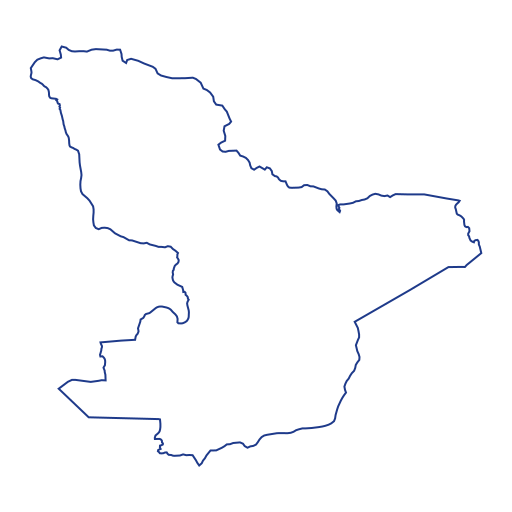 Manacapuru, Amazonas, Brazil
{"feature_id": "56859067B7943145025722", "entity_name": "Manacapuru", "entity_type": "district", "adm_level": 2, "iso_a3": "BRA", "parent_name": "Brazil", "parent_adm1": "Amazonas", "projection": "mercator", "projection_center": [-61.016, -3.277], "detail": "fine", "context": "isolated", "style": "outline", "palette": "blue", "viewbox_px": 512, "rotation_deg": 0, "n_neighbors": 0, "source": "geoboundaries", "source_scale": "gbopen_adm2", "svg_char_len": 5948}
<svg xmlns="http://www.w3.org/2000/svg" viewBox="0 0 512 512"><path d="M58.7,388.7L88.7,417.3L158.6,419.1L160.0,419.4L160.4,423.8L160.4,427.1L160.1,429.4L159.6,431.3L159.0,432.3L158.0,433.4L155.5,435.5L154.8,437.8L154.9,439.0L159.7,438.9L161.2,439.7L161.9,440.8L162.0,442.4L162.9,443.4L162.8,444.5L161.5,445.2L160.0,445.6L159.9,447.5L160.6,448.9L158.2,450.0L157.9,451.2L159.1,452.2L159.8,453.2L161.3,453.4L163.4,453.2L165.0,452.5L166.7,452.4L167.5,453.7L168.7,454.8L171.2,455.0L173.0,455.7L174.6,455.8L180.0,455.5L183.1,454.4L186.3,455.2L189.4,455.0L192.6,455.2L195.9,460.2L197.3,462.8L199.2,465.5L201.7,463.3L203.0,460.6L204.9,458.3L206.5,455.4L210.5,450.5L216.2,450.4L221.8,447.8L224.5,446.2L226.8,444.4L230.0,444.2L233.2,443.0L240.0,442.4L243.0,443.7L244.7,446.1L247.5,447.7L250.3,446.4L253.3,445.9L256.0,444.6L257.8,442.2L259.5,439.5L261.6,437.1L264.2,435.5L267.1,434.8L273.9,433.7L277.0,433.2L280.4,433.1L287.5,433.2L290.7,432.8L293.5,431.8L296.1,430.2L298.9,429.3L302.4,428.4L305.4,428.4L311.7,428.0L318.8,427.1L322.4,426.5L325.3,425.8L328.6,424.7L331.2,423.4L334.0,421.2L335.1,418.4L335.6,415.0L337.2,409.3L338.2,406.3L340.9,400.5L342.5,397.6L344.1,395.1L346.0,392.6L345.0,389.8L344.4,386.6L345.4,383.7L346.7,381.0L348.7,378.6L350.1,375.8L351.8,373.2L354.1,370.8L355.2,368.0L355.8,364.9L357.4,362.3L359.3,359.9L359.5,357.0L358.7,354.2L357.3,351.1L355.9,345.2L357.9,340.0L359.1,337.4L359.1,334.5L358.5,331.1L357.8,327.9L354.7,321.8L409.6,290.2L448.4,267.1L461.8,266.9L464.9,267.0L466.7,265.0L481.3,253.1L479.7,246.4L479.2,245.4L478.8,244.2L478.9,242.7L478.5,241.2L477.5,239.9L475.5,240.2L474.3,240.9L473.9,242.3L472.3,241.7L470.6,240.5L469.4,237.9L469.1,236.3L468.2,235.2L468.2,233.6L469.5,231.2L469.2,228.2L467.9,226.9L466.4,227.1L465.0,226.3L464.4,224.9L464.0,221.3L464.1,219.9L463.6,218.8L461.9,217.0L461.0,216.2L459.5,215.3L457.7,214.6L456.8,213.7L455.8,209.2L455.2,207.6L455.3,206.1L455.9,204.9L456.8,203.9L458.7,202.2L459.6,200.8L458.3,200.4L446.7,198.5L424.2,194.4L407.8,194.4L395.6,194.1L392.8,195.4L390.1,197.1L387.5,195.5L384.5,196.1L381.3,195.6L378.5,194.4L375.3,193.8L372.5,194.6L369.8,196.0L367.4,198.3L364.6,199.5L361.8,200.0L358.9,201.0L355.9,201.3L353.0,202.8L349.8,203.5L343.6,204.4L340.2,204.4L338.5,205.0L338.6,206.4L339.4,207.8L338.9,208.9L340.1,210.8L339.6,212.1L337.3,210.1L336.6,208.8L336.4,206.6L336.7,203.4L335.7,200.6L333.7,198.4L329.3,193.9L327.4,191.3L324.8,189.5L321.8,189.3L318.9,188.5L313.4,186.4L310.5,186.3L307.3,185.0L304.1,185.2L301.6,187.1L298.5,187.6L291.8,187.8L289.3,187.6L287.9,186.4L287.0,184.9L285.5,181.3L283.2,181.3L281.0,180.9L279.8,180.0L278.8,179.0L278.1,177.6L276.6,176.4L274.9,176.1L272.4,174.3L271.8,171.1L269.9,168.4L266.8,167.3L264.8,169.6L259.5,166.5L256.7,167.9L254.1,169.7L251.4,168.2L250.2,165.4L249.6,162.6L248.0,160.0L245.9,157.9L243.1,156.5L240.2,155.6L238.5,152.9L236.5,150.6L228.8,150.9L225.6,151.8L222.6,151.5L220.0,149.5L218.4,144.7L221.1,142.6L225.1,140.7L225.3,136.0L223.7,130.7L224.5,126.3L229.2,123.9L231.1,121.6L229.6,118.6L226.8,111.6L224.8,109.3L222.3,105.6L216.2,104.6L213.9,101.3L213.2,96.7L210.1,92.5L206.8,90.0L203.4,88.6L200.7,82.7L196.0,79.0L192.8,77.7L185.0,78.2L172.3,78.3L166.4,77.0L161.0,75.5L157.6,73.4L155.5,68.8L152.8,66.8L144.1,63.5L138.2,60.8L131.1,58.8L127.2,60.0L126.1,63.0L122.6,60.7L121.7,56.9L121.5,54.0L120.1,49.7L116.7,49.6L113.0,50.7L110.0,50.7L106.7,49.7L95.9,49.1L91.6,49.7L86.9,51.6L83.7,51.2L79.2,51.2L74.9,51.5L71.7,51.2L68.7,49.9L66.2,47.7L61.7,46.5L59.6,50.3L60.8,54.5L61.1,57.6L57.6,59.3L52.8,58.2L49.2,58.4L43.9,57.4L40.8,58.3L37.3,59.7L34.8,62.2L30.8,68.1L31.4,71.4L31.5,72.8L30.9,75.3L30.7,76.7L31.2,78.2L32.7,79.3L35.5,80.1L38.2,81.4L40.4,83.0L41.8,83.7L43.0,84.8L43.8,85.8L44.9,86.6L46.1,87.2L47.3,88.4L48.3,89.7L48.8,91.5L49.0,93.2L49.0,94.8L49.3,96.5L50.3,97.9L51.5,98.3L56.0,98.8L57.1,99.4L56.3,100.2L57.2,101.1L57.6,102.8L58.2,103.7L59.5,104.0L59.9,105.4L59.4,106.6L60.1,107.6L59.6,108.9L60.4,110.0L60.9,112.8L61.9,115.9L62.7,119.5L63.2,121.1L63.6,124.3L64.4,126.7L64.6,127.9L65.5,130.6L65.8,132.1L66.5,133.9L68.0,136.1L68.5,137.1L68.8,138.2L69.1,140.7L69.2,143.2L69.5,145.4L70.0,146.5L71.4,147.3L73.2,148.0L74.5,148.9L76.2,149.6L78.0,150.7L79.2,154.3L79.6,162.4L80.0,165.6L81.2,172.1L81.5,175.1L81.1,178.2L80.5,181.1L80.3,184.7L80.5,188.3L81.0,191.3L82.5,194.1L87.3,198.2L89.5,200.6L93.1,206.3L93.6,209.4L93.6,212.6L93.3,215.7L93.1,219.3L93.4,222.4L93.9,225.4L95.8,228.0L98.7,229.2L101.7,227.9L104.6,227.7L107.7,228.1L110.4,229.3L115.0,233.3L120.7,236.3L123.5,237.1L129.1,240.3L132.0,240.4L140.6,243.2L143.7,243.4L146.8,242.8L149.7,244.4L155.7,245.9L158.6,246.9L161.7,246.9L165.0,247.3L167.8,246.2L170.7,246.7L172.9,249.0L175.4,250.7L178.0,253.0L177.3,254.7L177.4,256.0L177.1,257.4L178.0,258.7L178.7,260.1L178.5,261.9L177.5,263.5L176.2,264.4L174.8,265.8L173.8,268.5L173.7,269.8L172.9,270.8L172.7,272.5L173.1,274.5L172.6,276.1L172.4,277.4L172.7,279.1L173.0,280.3L173.7,281.6L174.5,282.5L177.4,284.7L182.2,286.9L183.1,290.0L183.3,292.0L184.6,291.8L185.5,292.8L185.6,294.8L186.7,295.7L187.8,297.2L187.9,298.7L188.7,299.7L187.6,301.6L187.1,303.4L187.4,305.4L188.7,310.4L188.9,312.2L188.7,317.0L188.3,318.5L187.2,320.5L186.4,321.3L184.9,322.3L183.1,323.1L181.9,323.4L180.3,323.4L178.4,323.3L177.4,322.3L177.6,318.9L176.9,316.4L175.3,314.3L172.7,311.9L170.8,309.7L169.7,308.9L168.5,308.2L166.5,307.5L161.9,306.5L160.1,306.5L158.7,306.7L157.0,307.3L155.7,308.1L150.4,312.4L149.4,313.1L146.0,314.0L144.8,315.0L144.3,316.3L143.3,317.9L140.6,319.5L140.3,321.6L138.0,328.4L138.4,330.3L138.5,331.6L137.6,333.8L136.5,335.0L135.7,336.5L135.1,339.8L121.2,340.6L100.5,342.4L100.9,343.8L102.0,346.1L101.9,347.4L101.4,348.8L101.3,350.3L100.5,353.2L100.0,354.8L100.4,356.5L102.5,356.3L103.9,357.7L104.8,359.2L105.1,360.4L105.2,362.1L104.9,365.3L104.0,366.7L103.5,367.7L104.7,370.8L104.7,371.9L105.4,374.8L105.6,380.4L101.6,380.2L98.7,380.8L90.7,381.9L75.6,379.9L71.9,379.9L67.9,381.8L58.7,388.7Z" fill="none" stroke="#1e3a8a" stroke-width="2"/></svg>